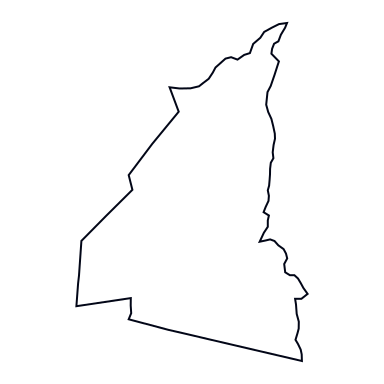 outline of Novo Lino, Alagoas, Brazil
{"feature_id": "56859067B37375587715477", "entity_name": "Novo Lino", "entity_type": "district", "adm_level": 2, "iso_a3": "BRA", "parent_name": "Brazil", "parent_adm1": "Alagoas", "projection": "robinson", "projection_center": [-35.6, -8.946], "detail": "fine", "context": "isolated", "style": "outline", "palette": "ink", "viewbox_px": 384, "rotation_deg": 0, "n_neighbors": 0, "source": "geoboundaries", "source_scale": "gbopen_adm2", "svg_char_len": 1280}
<svg xmlns="http://www.w3.org/2000/svg" viewBox="0 0 384 384"><path d="M272.0,27.6L264.2,31.9L260.3,37.8L253.2,43.9L249.9,53.1L244.2,54.9L237.5,59.6L231.1,57.2L225.5,58.6L215.5,67.5L212.8,72.6L208.7,78.8L203.3,82.9L199.0,86.3L190.6,88.3L179.7,88.5L169.6,87.3L178.7,111.7L152.3,143.8L128.7,175.1L132.4,189.8L105.7,216.3L81.4,240.9L79.0,275.5L78.1,283.4L76.4,306.2L130.8,298.1L130.7,305.5L131.2,313.2L128.7,319.3L168.2,329.8L185.2,333.7L192.9,335.5L209.4,339.4L301.9,361.0L301.7,354.4L300.7,349.6L298.0,344.0L295.5,339.8L297.5,333.2L298.7,328.6L298.8,321.7L296.7,313.9L296.0,304.5L295.1,298.8L301.4,298.8L307.6,293.9L303.4,288.0L300.8,283.2L298.0,278.5L294.4,275.2L289.9,275.2L285.2,272.3L284.2,264.0L287.2,258.4L286.0,253.6L283.6,249.1L278.3,245.3L274.5,241.0L270.1,239.4L265.5,240.5L259.7,241.7L263.9,232.7L267.8,226.8L267.8,220.4L268.9,215.5L263.6,212.2L265.6,207.1L268.5,200.9L268.9,195.8L267.8,190.3L269.1,185.7L269.6,180.0L270.0,174.4L270.1,168.8L270.8,162.8L273.4,158.2L272.7,152.3L273.6,144.9L275.0,138.7L274.8,133.6L273.2,126.1L271.4,118.9L268.2,112.0L266.2,104.7L267.5,92.1L270.7,86.0L274.5,75.0L277.0,67.2L278.9,61.4L271.4,53.7L272.1,48.8L274.1,43.7L278.4,41.3L280.9,34.7L285.1,27.7L287.0,23.0L279.0,24.1L272.0,27.6Z" fill="none" stroke="#020617" stroke-width="2"/></svg>